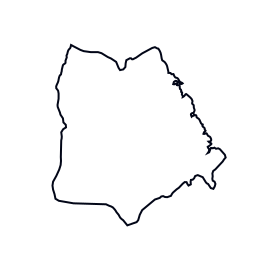 outline of Lindi, rotated 346°
{"feature_id": "TZA-3387", "entity_name": "Lindi", "entity_type": "Region", "adm_level": 1, "iso_a3": "TZA", "parent_name": "United Republic of Tanzania", "parent_adm1": "", "projection": "natural_earth1", "projection_center": [38.938, -9.38], "detail": "fine", "context": "isolated", "style": "outline", "palette": "ink", "viewbox_px": 256, "rotation_deg": 346, "n_neighbors": 0, "source": "natural_earth", "source_scale": "10m", "svg_char_len": 3781}
<svg xmlns="http://www.w3.org/2000/svg" viewBox="0 0 256 256"><g transform="rotate(346 128 128)"><path d="M176.6,58.3L177.0,59.4L177.5,61.1L177.8,63.0L177.8,65.0L177.5,68.8L177.6,70.6L179.5,72.8L180.2,74.4L180.7,76.0L180.9,77.5L180.8,83.0L180.5,84.3L182.5,84.9L182.8,85.3L183.0,85.9L183.2,86.3L183.8,86.5L185.0,86.6L185.3,87.0L185.3,87.8L185.6,89.2L186.1,90.3L186.7,90.8L187.4,91.1L188.1,91.7L188.6,92.6L189.2,94.9L189.8,96.0L191.4,97.3L191.8,97.9L191.0,98.2L190.3,98.2L189.9,98.0L189.1,97.3L189.0,97.1L187.9,96.0L186.7,94.3L185.9,93.8L184.8,93.9L184.2,94.2L183.8,94.3L183.6,94.5L182.5,96.4L183.3,96.8L186.7,96.4L186.0,97.5L185.8,98.2L186.2,98.5L187.3,98.6L188.3,99.0L188.3,99.9L188.0,101.2L187.9,102.7L188.0,102.9L188.5,103.4L188.6,103.6L188.7,104.9L188.6,105.0L188.3,105.6L188.3,105.9L188.4,106.0L188.7,106.1L188.9,106.3L189.1,106.7L188.9,107.4L188.6,107.8L188.4,108.3L188.5,109.0L188.9,110.0L188.9,110.5L188.6,111.2L189.4,111.0L190.4,110.5L191.3,109.8L192.0,109.2L192.6,109.1L193.4,110.0L195.9,113.6L196.8,115.4L197.1,117.5L196.2,119.5L196.2,120.0L196.5,120.5L196.9,121.1L197.2,121.6L197.2,122.3L196.9,123.6L196.8,124.3L197.0,126.4L196.8,127.2L196.0,128.3L195.3,129.1L194.8,129.2L194.2,129.1L193.3,129.2L192.6,129.6L192.3,130.2L192.3,131.1L192.5,132.4L193.0,132.1L193.7,132.0L194.8,131.9L195.0,131.2L195.3,130.9L195.8,131.2L196.2,131.7L196.4,131.8L196.6,131.9L197.2,132.2L197.3,132.9L197.2,133.6L197.2,134.2L197.6,134.8L198.9,136.2L199.4,137.5L200.0,141.1L200.6,142.1L201.4,142.7L201.3,143.1L200.8,143.5L200.7,144.0L201.0,144.8L201.2,145.2L202.0,146.1L202.3,146.8L202.1,148.1L202.6,149.4L202.2,149.8L201.0,150.3L200.1,151.4L199.8,151.9L200.3,152.2L202.5,152.1L202.9,152.2L203.1,152.6L203.6,154.4L203.9,155.1L204.8,155.8L205.3,156.3L205.7,157.1L206.0,159.0L205.6,160.3L204.6,160.9L202.9,160.7L203.4,161.6L205.0,163.0L205.1,163.6L204.5,164.1L202.5,165.0L200.8,165.5L200.8,166.3L201.5,167.9L201.4,169.1L200.9,170.1L200.3,170.8L199.5,171.5L200.9,171.2L203.5,167.5L204.7,167.7L205.4,168.2L207.1,168.0L208.3,169.4L209.1,169.5L209.9,169.5L210.7,169.6L212.1,170.9L215.5,177.4L215.6,180.3L213.7,181.6L211.8,183.4L202.7,189.3L200.3,190.3L198.9,192.5L198.5,195.3L197.5,197.8L197.5,199.6L199.0,201.0L199.3,203.4L198.0,205.7L196.1,207.7L193.8,206.3L192.2,201.7L191.3,201.0L190.5,199.8L188.6,193.8L184.3,190.6L182.9,190.7L181.5,190.9L180.0,192.8L178.3,193.8L176.5,193.6L175.8,195.1L175.3,197.9L172.8,198.5L172.1,196.7L171.7,194.7L169.9,194.2L167.6,195.3L162.9,198.3L160.3,199.3L155.9,201.6L154.4,202.9L153.3,204.2L149.4,204.6L147.2,203.9L145.6,202.6L143.7,202.5L141.9,203.5L136.8,203.9L121.9,211.1L118.4,215.1L115.6,219.9L113.6,221.4L103.8,222.3L101.0,216.3L99.7,214.7L98.7,213.0L97.9,209.9L96.5,207.0L96.1,205.6L95.5,204.0L94.1,201.4L92.6,200.0L90.9,198.9L88.2,196.7L56.9,187.9L43.3,181.9L40.5,179.1L40.7,174.4L40.4,169.6L40.8,165.6L42.3,162.0L46.9,157.1L51.2,151.7L53.7,147.6L55.0,143.8L55.8,139.9L60.2,123.9L61.1,122.1L61.7,120.2L62.2,116.0L64.8,113.5L68.0,112.4L68.4,109.8L66.7,107.0L67.2,102.9L65.7,98.7L65.7,96.5L64.9,90.5L65.2,88.6L67.7,82.9L69.0,77.8L69.1,76.4L69.2,75.0L68.9,74.1L68.0,72.1L68.4,70.2L69.6,68.5L70.7,67.2L71.7,65.7L73.3,62.3L74.4,60.7L74.7,60.4L75.5,60.1L75.9,59.8L76.2,59.3L76.5,58.4L77.3,57.1L78.0,55.2L79.9,51.6L80.4,51.0L81.2,50.6L82.2,50.3L83.1,49.7L83.4,48.7L83.6,47.7L84.1,46.9L85.5,44.9L85.7,44.5L85.7,44.0L85.8,43.4L85.9,42.8L86.2,42.4L86.6,42.0L86.9,41.6L88.1,39.3L88.7,38.4L89.6,37.5L91.1,36.6L91.5,36.1L91.9,35.5L92.5,34.3L92.8,33.7L100.7,40.7L103.6,42.7L110.3,45.4L117.2,47.1L120.4,49.0L125.6,54.3L128.3,56.4L132.5,61.0L133.4,67.3L134.3,69.9L137.6,70.0L140.2,68.2L141.4,64.6L142.8,61.8L146.8,60.8L147.9,61.2L148.4,62.2L149.3,62.5L152.9,61.7L159.9,59.0L170.9,56.2L173.7,56.1L175.8,58.0L176.6,58.3Z" fill="none" stroke="#020617" stroke-width="2"/></g></svg>